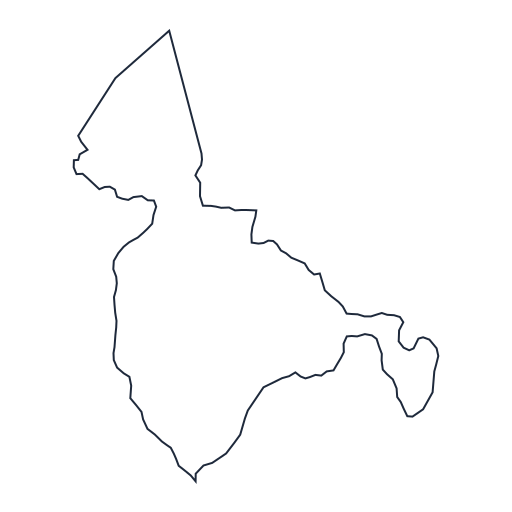 Tavares, Paraíba, Brazil (Equal Earth projection)
{"feature_id": "56859067B5341311253148", "entity_name": "Tavares", "entity_type": "district", "adm_level": 2, "iso_a3": "BRA", "parent_name": "Brazil", "parent_adm1": "Paraíba", "projection": "equal_earth", "projection_center": [-37.87, -7.587], "detail": "fine", "context": "isolated", "style": "outline", "palette": "slate", "viewbox_px": 512, "rotation_deg": 0, "n_neighbors": 0, "source": "geoboundaries", "source_scale": "gbopen_adm2", "svg_char_len": 2188}
<svg xmlns="http://www.w3.org/2000/svg" viewBox="0 0 512 512"><path d="M169.2,30.7L115.4,78.1L78.2,135.8L81.2,141.8L87.5,149.8L79.7,154.3L78.2,159.9L73.9,160.2L73.7,167.4L76.5,174.1L82.6,173.8L86.8,177.5L92.4,182.7L99.3,189.2L104.7,187.0L109.8,186.7L114.9,189.6L117.1,196.8L122.2,198.7L128.3,199.9L133.4,197.1L141.8,196.1L147.8,200.3L153.9,200.5L156.2,206.7L153.5,215.0L152.2,223.7L147.1,229.1L143.1,232.9L137.7,237.6L133.2,240.0L129.0,242.4L123.6,246.8L118.3,253.1L113.8,260.9L113.3,269.2L116.2,276.7L116.8,283.3L115.9,290.2L114.0,297.0L114.5,304.7L115.2,312.7L116.5,320.9L116.2,327.5L115.4,335.1L114.5,347.2L113.5,353.1L113.8,360.1L117.1,367.6L123.7,373.3L129.4,376.8L131.2,385.7L130.3,398.2L136.1,405.1L141.5,411.9L143.1,419.4L147.5,428.9L154.8,434.5L161.9,441.5L167.0,445.2L170.8,447.8L173.8,453.6L176.1,458.9L178.7,465.8L183.2,469.3L190.7,475.4L195.6,481.3L195.7,473.7L203.5,465.5L212.2,462.9L226.1,453.5L234.3,442.8L240.2,434.7L244.9,418.5L247.8,410.5L263.5,387.3L282.2,378.1L289.1,376.2L295.4,372.4L300.6,376.5L305.4,378.4L309.8,377.1L315.4,374.9L321.3,375.6L326.7,371.4L333.5,370.4L337.0,364.4L340.9,357.9L343.8,352.2L343.6,343.6L346.8,336.4L351.7,336.0L357.2,336.4L364.9,334.1L371.9,335.4L376.6,338.9L379.0,346.4L381.8,353.8L381.6,360.3L382.8,369.6L387.0,374.2L392.8,379.3L396.6,388.4L397.2,397.0L400.8,402.1L403.6,408.5L407.3,416.2L412.5,416.6L423.1,409.3L432.6,392.3L434.3,371.4L436.1,364.8L438.3,356.0L436.6,348.3L429.4,339.6L423.1,337.3L418.4,338.6L413.6,348.4L409.2,350.3L403.6,347.7L398.7,341.4L399.1,330.3L403.3,322.2L399.9,317.0L394.0,315.2L387.2,314.8L381.8,313.0L376.6,314.6L371.0,316.4L364.4,316.4L357.6,314.3L351.5,314.0L346.6,313.6L342.8,306.5L338.6,302.0L331.2,296.2L324.8,290.3L322.7,283.1L319.8,273.5L314.1,274.5L308.7,270.0L304.7,263.4L297.6,260.3L291.3,257.7L286.1,253.3L280.9,250.5L277.0,244.4L273.2,241.0L268.3,240.6L263.6,243.0L258.4,243.6L251.7,242.6L251.4,234.4L252.4,226.9L255.4,216.8L256.3,210.4L246.3,210.0L241.3,210.0L235.0,210.4L229.1,207.5L221.2,207.8L215.9,206.6L211.1,205.9L202.9,205.7L200.0,196.2L200.2,182.7L195.4,175.4L197.8,170.3L201.1,165.2L202.0,159.6L201.5,153.5L198.1,140.6L169.2,30.7Z" fill="none" stroke="#1e293b" stroke-width="2"/></svg>